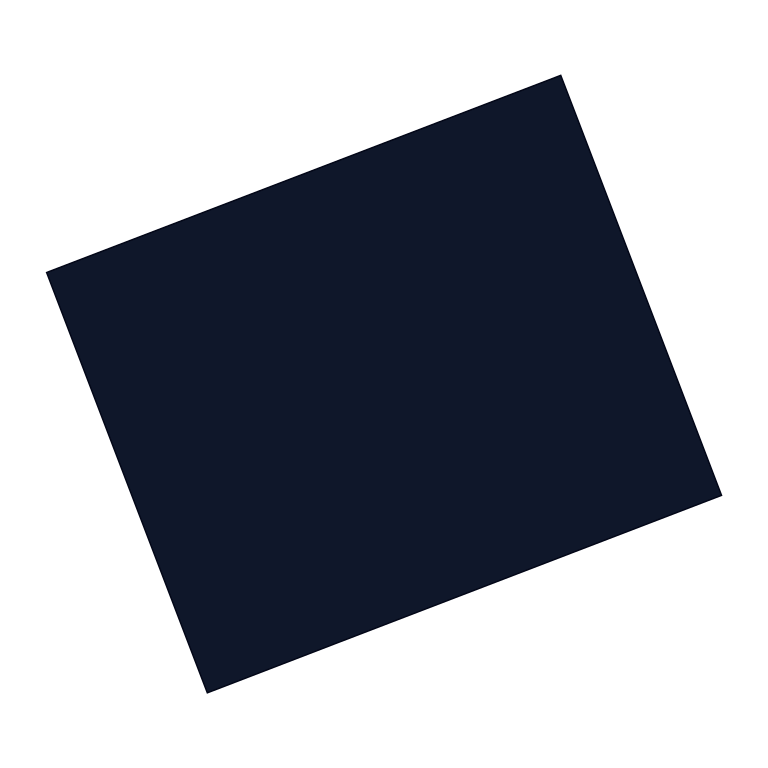 outline of Stanton, Nebraska, United States of America, rotated 249°
{"feature_id": "52423323B97836650916627", "entity_name": "Stanton", "entity_type": "district", "adm_level": 2, "iso_a3": "USA", "parent_name": "United States of America", "parent_adm1": "Nebraska", "projection": "robinson", "projection_center": [-97.231, 41.917], "detail": "fine", "context": "isolated", "style": "filled", "palette": "ink", "viewbox_px": 768, "rotation_deg": 249, "n_neighbors": 0, "source": "geoboundaries", "source_scale": "gbopen_adm2", "svg_char_len": 279}
<svg xmlns="http://www.w3.org/2000/svg" viewBox="0 0 768 768"><g transform="rotate(249 384 384)"><path d="M159.0,108.4L159.1,246.2L159.1,659.2L308.5,659.4L558.9,659.6L608.8,659.6L609.0,109.0L308.5,108.6L159.0,108.4Z" fill="#0f172a" stroke="#020617" stroke-width="1.5"/></g></svg>